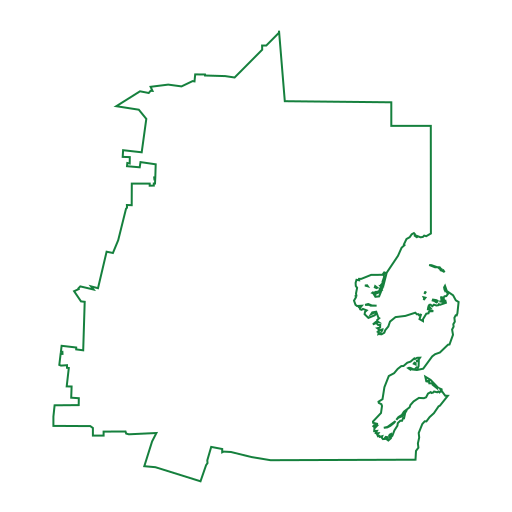 Felipe Carrillo Puerto, Quintana Roo, Mexico (orthographic projection)
{"feature_id": "50627088B38743512142751", "entity_name": "Felipe Carrillo Puerto", "entity_type": "district", "adm_level": 2, "iso_a3": "MEX", "parent_name": "Mexico", "parent_adm1": "Quintana Roo", "projection": "orthographic", "projection_center": [-87.619, 19.738], "detail": "fine", "context": "isolated", "style": "outline", "palette": "green", "viewbox_px": 512, "rotation_deg": 0, "n_neighbors": 0, "source": "geoboundaries", "source_scale": "gbopen_adm2", "svg_char_len": 6094}
<svg xmlns="http://www.w3.org/2000/svg" viewBox="0 0 512 512"><path d="M279.0,30.7L279.0,32.7L266.3,45.5L262.1,45.5L262.2,49.7L234.6,77.5L225.2,76.1L205.0,75.5L205.0,74.5L195.2,74.4L194.5,81.4L192.6,81.1L181.5,86.4L168.2,84.6L150.6,86.8L152.5,90.9L150.6,90.8L148.7,93.0L140.0,91.3L116.3,106.2L138.8,109.7L146.3,118.9L141.7,152.3L123.1,150.2L122.7,156.9L129.8,157.1L129.7,163.5L127.3,163.0L127.0,166.2L139.7,167.3L140.5,162.1L155.7,164.3L155.3,177.3L154.2,177.4L154.4,179.4L155.2,179.3L155.0,183.5L153.8,183.5L153.8,185.6L149.7,185.7L149.7,183.6L131.8,183.6L131.7,205.2L126.9,205.0L127.0,207.7L126.0,208.8L118.2,240.2L112.9,253.0L106.6,251.7L98.0,288.2L91.1,286.4L93.5,289.5L80.3,286.4L78.4,288.4L78.7,289.1L74.1,291.2L81.0,301.4L84.7,301.8L83.2,350.3L76.2,349.4L76.2,347.5L61.6,345.8L60.9,351.9L62.4,351.8L62.5,353.9L60.6,354.0L59.3,364.9L61.0,365.6L67.0,365.2L67.0,367.8L68.8,368.0L66.7,386.4L71.6,386.5L71.2,397.7L78.8,398.2L78.7,405.1L54.6,405.3L53.4,416.6L53.4,425.9L90.3,426.1L92.9,428.0L92.9,435.6L103.6,435.6L103.6,431.6L125.5,431.5L126.2,433.6L128.9,434.3L156.4,433.0L152.1,441.4L144.3,466.2L155.4,467.2L200.5,481.3L206.1,465.1L207.5,463.1L207.3,460.3L211.2,446.9L222.2,449.0L222.2,452.3L223.7,451.6L231.0,452.0L251.2,457.0L270.5,460.2L415.5,459.7L416.0,450.9L418.4,447.7L417.9,443.4L419.2,437.5L418.7,433.0L422.3,424.0L424.7,421.3L426.4,421.4L429.6,417.1L433.9,413.2L438.6,406.3L439.9,405.7L447.8,395.8L445.2,395.7L442.2,391.6L440.1,391.6L439.5,392.4L438.3,391.5L437.2,392.3L434.1,391.5L433.2,392.5L431.5,393.0L430.7,392.1L428.0,393.6L426.1,397.3L423.9,398.2L418.9,397.9L413.6,401.4L410.4,405.0L409.6,407.3L403.9,411.7L401.9,414.9L398.4,417.1L396.3,419.8L398.4,417.7L401.9,416.4L402.5,414.9L403.3,415.0L403.2,413.5L404.3,412.0L406.9,410.0L405.2,412.8L404.1,418.0L403.4,417.6L402.0,420.8L400.3,420.7L397.8,423.1L397.4,425.7L394.4,430.4L392.4,435.7L391.4,436.8L391.1,436.3L389.5,436.9L390.7,438.4L388.3,440.5L387.4,439.8L388.1,439.0L387.8,438.7L382.9,439.1L381.7,437.5L382.2,436.2L379.8,436.9L379.4,435.9L378.0,436.3L377.0,434.1L377.7,434.4L378.5,433.2L376.1,433.3L375.6,433.0L376.9,430.9L374.2,431.1L374.4,428.5L376.1,426.7L375.1,427.0L374.1,426.1L374.0,426.9L373.3,426.2L374.1,425.3L377.1,425.2L377.1,423.8L373.1,422.8L373.0,421.5L381.0,413.0L382.0,406.0L381.4,404.2L378.8,402.9L378.5,401.7L382.5,399.2L384.4,387.2L388.8,376.0L394.1,373.2L397.7,368.9L401.3,366.1L403.5,366.0L407.3,362.7L410.6,361.6L414.3,358.4L414.9,359.0L417.2,357.8L420.0,357.7L418.0,360.7L417.4,360.5L416.1,361.2L418.8,361.2L418.6,366.2L417.8,368.0L416.6,367.4L414.4,369.6L410.9,368.2L411.0,369.3L416.9,370.0L423.2,368.7L432.2,356.4L435.1,354.2L439.9,352.5L448.0,344.7L449.5,344.5L453.0,334.8L452.1,329.5L453.6,326.7L453.3,324.2L454.8,321.7L454.4,317.8L455.7,315.3L456.7,315.4L457.4,313.3L458.6,302.0L455.8,300.3L453.1,295.3L446.8,291.0L445.0,285.8L444.1,287.4L444.5,289.6L444.9,290.4L445.3,289.2L447.9,294.0L446.3,296.1L444.5,296.3L442.6,299.1L443.8,298.8L444.2,301.3L445.4,300.8L445.9,302.8L440.0,304.8L438.9,304.2L438.3,305.2L436.5,305.5L433.9,304.7L432.3,306.2L430.6,304.7L429.4,304.8L428.7,305.9L430.3,307.9L428.2,307.5L427.9,309.3L433.3,311.2L430.1,311.3L428.8,312.0L428.5,313.3L426.3,313.7L423.0,319.2L423.0,321.1L419.5,319.1L421.2,314.0L420.0,315.5L419.1,315.4L418.5,314.2L416.9,314.3L415.3,312.7L405.4,315.9L395.5,317.1L390.0,321.6L388.3,326.5L385.3,330.1L384.3,332.7L381.6,334.3L380.4,334.2L380.6,333.1L378.4,334.1L378.7,332.5L377.8,331.9L380.3,330.1L378.6,330.3L378.7,329.1L377.4,328.2L380.1,327.5L380.2,324.7L378.2,325.0L376.3,323.0L372.9,324.4L375.9,321.9L378.5,322.1L377.2,321.2L377.1,320.1L379.2,318.2L378.4,317.7L376.2,311.7L372.3,312.4L371.1,314.2L374.5,312.5L376.3,313.4L374.7,315.3L368.4,317.9L364.6,314.2L365.0,311.9L366.7,310.4L362.9,308.9L361.7,309.8L360.2,309.3L359.6,307.6L358.2,306.8L360.6,307.2L361.8,305.7L357.0,306.0L355.5,304.8L354.0,300.6L355.9,297.4L355.6,296.0L356.4,295.7L356.0,293.5L357.1,287.8L355.8,286.0L355.6,282.9L356.5,279.8L359.2,280.3L359.1,278.9L361.2,278.9L371.1,274.9L382.4,274.8L384.2,272.4L384.8,272.6L383.7,275.3L384.2,276.7L382.5,281.7L382.6,283.2L381.2,284.7L382.3,286.1L380.4,286.0L381.8,287.8L380.9,288.1L381.8,288.4L381.6,289.3L379.1,288.9L381.2,290.3L379.7,290.8L380.3,291.1L379.0,292.2L375.9,291.8L375.3,292.1L378.6,292.5L377.5,293.1L374.6,293.4L372.9,292.4L372.3,292.9L376.3,294.5L374.0,294.5L375.4,296.8L379.1,296.4L383.4,285.6L386.7,272.7L398.0,255.8L401.6,247.7L404.5,245.1L403.9,244.4L406.5,239.0L409.7,237.2L411.7,234.3L413.9,233.1L414.9,234.2L414.7,235.7L416.8,237.2L417.6,236.7L417.2,236.0L420.6,237.3L422.9,236.9L424.2,235.6L426.2,236.2L430.9,233.5L430.8,125.9L391.3,125.9L391.3,102.3L284.8,101.2L279.0,30.7ZM432.6,383.4L432.6,384.7L437.4,388.5L437.7,387.3L430.6,379.9L425.3,376.7L426.3,381.3L428.2,381.7L427.9,380.9L429.0,380.9L429.3,383.3L432.6,383.4ZM429.2,265.0L435.1,267.3L437.2,267.2L431.6,265.2L429.2,265.0ZM383.8,427.8L387.3,427.4L390.3,425.9L393.9,423.0L395.5,421.1L387.5,426.9L383.8,427.8ZM365.1,304.9L369.2,304.9L370.7,305.7L376.6,305.7L371.9,305.5L368.2,304.0L365.1,304.9ZM433.0,299.6L432.7,300.5L435.5,301.3L435.9,300.6L435.7,302.0L436.6,302.4L437.4,301.6L437.6,300.8L436.1,300.1L433.0,299.6ZM374.8,287.3L376.5,288.1L377.3,287.7L375.2,286.1L374.8,287.3ZM367.1,285.3L364.9,285.5L367.8,286.3L367.1,285.3ZM410.6,368.1L408.9,367.8L408.2,368.1L410.2,369.5L410.6,368.1ZM437.7,267.2L439.8,268.9L440.8,268.7L439.7,267.3L437.7,267.2ZM414.5,362.7L413.8,363.7L415.6,364.5L415.6,363.2L414.5,362.7ZM425.4,297.7L423.7,297.3L424.2,298.3L423.7,300.0L425.4,297.7ZM391.0,434.0L389.8,434.6L389.4,435.2L391.1,435.9L391.0,434.0ZM442.0,270.6L443.8,271.7L444.1,271.5L443.3,270.2L442.0,270.6ZM387.7,437.2L385.8,436.9L385.4,437.4L387.5,438.0L387.7,437.2ZM441.8,300.4L441.2,301.3L439.4,301.3L442.5,301.9L441.8,300.4ZM440.0,388.6L441.7,391.4L441.6,389.3L440.0,388.6ZM440.8,269.0L440.7,270.3L441.9,270.7L441.6,269.2L440.8,269.0ZM382.5,329.3L382.3,329.3L380.9,331.4L382.1,330.7L382.5,329.3ZM426.3,292.0L425.0,292.2L424.5,293.9L425.5,292.4L426.3,292.0ZM441.7,297.2L441.1,297.3L441.3,299.2L442.1,299.8L441.7,297.2Z" fill="none" stroke="#15803d" stroke-width="2"/></svg>